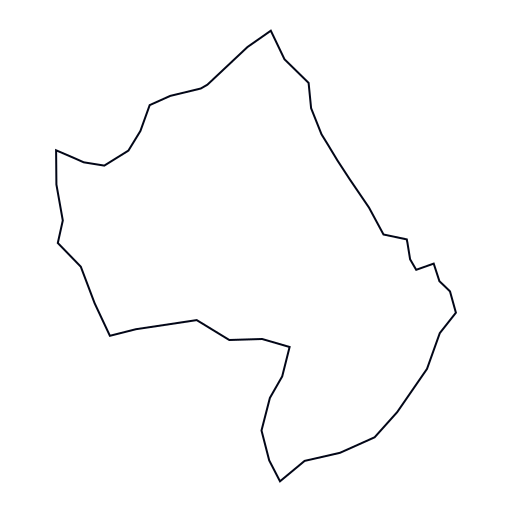 outline of Ngourkosso, Logone Occidental, Chad
{"feature_id": "50815135B58104899779962", "entity_name": "Ngourkosso", "entity_type": "district", "adm_level": 2, "iso_a3": "TCD", "parent_name": "Chad", "parent_adm1": "Logone Occidental", "projection": "mercator", "projection_center": [16.377, 8.968], "detail": "fine", "context": "isolated", "style": "outline", "palette": "ink", "viewbox_px": 512, "rotation_deg": 0, "n_neighbors": 0, "source": "geoboundaries", "source_scale": "gbopen_adm2", "svg_char_len": 843}
<svg xmlns="http://www.w3.org/2000/svg" viewBox="0 0 512 512"><path d="M280.0,481.3L304.6,460.9L340.0,452.8L374.6,437.3L374.7,437.2L397.2,412.1L427.0,368.9L439.8,333.1L455.9,312.7L450.0,291.4L445.1,286.6L439.4,281.2L439.1,280.2L433.7,263.6L416.2,269.8L410.1,259.3L407.4,242.6L407.3,242.0L407.2,241.8L406.8,239.4L383.5,234.5L369.0,207.6L349.8,179.4L338.9,162.7L337.2,160.1L337.1,159.9L330.2,148.5L328.6,145.8L321.5,134.3L311.1,108.2L308.6,82.9L284.5,59.3L270.8,30.7L247.5,47.0L207.4,84.7L200.8,88.5L175.2,94.7L170.2,95.9L149.7,105.1L140.4,131.0L128.4,150.6L104.3,165.6L83.7,162.3L75.4,158.6L56.1,150.3L56.4,184.5L62.8,220.5L57.8,243.0L80.8,266.7L94.6,303.2L109.9,335.8L136.0,329.2L196.7,320.1L229.3,340.0L262.1,339.0L289.6,347.0L282.2,376.4L269.9,397.9L261.5,430.5L269.2,460.4L280.0,481.3Z" fill="none" stroke="#020617" stroke-width="2"/></svg>